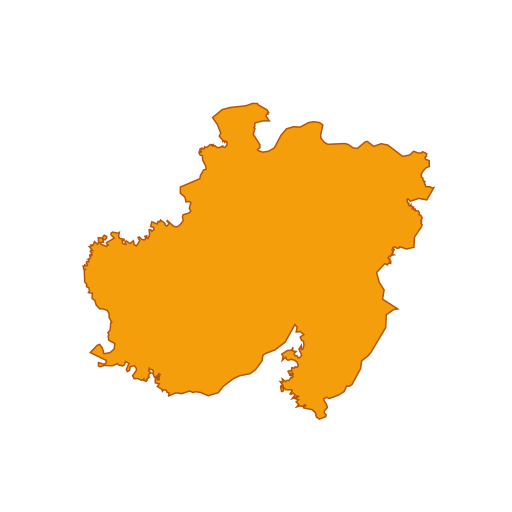 Si Songkhram, Nakhon Phanom, Thailand (Albers equal-area conic projection), rotated 300°
{"feature_id": "78962969B490988164886", "entity_name": "Si Songkhram", "entity_type": "district", "adm_level": 2, "iso_a3": "THA", "parent_name": "Thailand", "parent_adm1": "Nakhon Phanom", "projection": "albers", "projection_center": [104.23, 17.647], "detail": "fine", "context": "isolated", "style": "filled", "palette": "amber", "viewbox_px": 512, "rotation_deg": 300, "n_neighbors": 0, "source": "geoboundaries", "source_scale": "gbopen_adm2", "svg_char_len": 6120}
<svg xmlns="http://www.w3.org/2000/svg" viewBox="0 0 512 512"><g transform="rotate(300 256 256)"><path d="M91.2,250.3L97.6,255.2L99.5,260.3L106.0,266.2L106.2,269.6L108.3,271.6L110.0,275.9L111.1,284.4L118.8,291.7L126.7,292.8L138.2,297.6L144.1,301.7L151.1,309.7L157.5,312.5L168.5,313.6L172.9,311.8L175.3,312.2L184.4,319.5L195.9,324.3L216.1,324.0L214.8,327.3L210.2,328.8L212.7,332.1L211.8,336.7L207.9,334.8L205.8,337.6L205.9,339.7L202.9,342.1L198.6,343.1L197.8,341.9L201.1,340.0L196.8,339.8L193.0,345.2L189.7,344.7L188.9,343.5L190.1,341.8L189.2,339.7L190.7,337.7L193.4,338.5L192.1,335.0L195.5,333.6L192.3,333.9L189.7,330.3L183.8,327.4L182.5,329.7L178.8,330.9L183.2,332.3L181.8,333.9L181.7,335.9L184.0,338.0L185.0,341.4L184.5,344.9L182.3,347.3L180.4,347.4L179.5,345.2L177.9,345.1L177.3,342.9L174.0,344.4L173.8,342.6L172.1,341.4L170.2,344.5L173.0,346.3L172.1,347.3L169.8,345.8L170.4,348.1L168.8,348.4L168.1,347.0L164.7,346.8L163.7,344.9L161.9,344.4L162.7,340.2L160.1,342.3L159.3,339.8L157.1,344.5L155.8,344.2L156.2,342.8L155.5,342.4L151.6,345.6L151.7,346.6L153.4,347.2L155.8,345.2L155.2,349.0L158.0,353.8L157.6,354.6L153.6,354.5L153.8,355.7L155.9,356.7L155.3,359.3L150.6,358.6L153.8,361.3L155.5,361.5L155.6,362.9L152.1,361.4L152.8,364.7L149.7,363.7L148.7,367.2L145.7,366.7L148.4,369.2L148.7,371.2L151.6,372.7L151.3,373.8L149.4,372.6L148.3,373.2L150.9,381.3L150.1,385.7L146.8,388.7L146.4,392.4L151.7,396.7L153.5,396.2L154.3,393.5L156.0,392.7L160.3,393.6L162.6,391.5L164.9,387.0L166.6,386.2L169.0,388.0L169.2,390.7L176.7,396.9L182.6,400.1L188.8,399.6L189.5,401.5L192.5,403.4L210.5,402.9L218.1,399.9L225.3,402.9L230.3,403.7L258.9,404.1L270.2,398.2L278.6,402.1L281.0,405.2L281.9,387.2L290.7,383.9L294.8,375.9L301.9,368.7L313.8,371.3L314.0,374.3L316.1,374.3L316.9,376.3L318.9,375.4L318.6,373.9L320.3,373.6L320.1,371.5L322.1,371.5L322.7,373.0L323.7,372.2L326.1,374.9L326.0,372.5L327.9,372.9L329.1,371.1L329.5,372.5L330.9,372.3L331.0,370.5L331.9,370.4L333.5,371.9L333.2,374.4L334.6,376.0L335.9,375.8L337.3,382.8L342.5,388.4L351.7,383.8L363.4,384.7L366.3,384.2L366.7,382.6L369.0,382.1L369.0,381.0L372.0,381.0L373.7,378.3L373.3,376.5L374.8,376.1L376.2,374.2L374.8,371.2L376.2,370.5L375.1,369.4L376.7,368.3L375.4,367.6L377.1,367.2L376.7,365.2L377.8,364.5L376.5,364.4L375.9,363.0L378.2,362.2L377.9,360.8L380.5,358.5L381.5,359.2L380.6,362.2L387.2,368.1L390.0,375.9L404.1,375.8L402.8,374.6L403.1,372.3L401.0,368.4L403.8,365.0L404.9,365.1L404.8,363.2L406.9,361.5L407.2,359.5L409.1,358.3L413.0,358.2L417.6,359.2L420.1,361.4L425.2,358.3L424.5,354.6L425.9,353.0L427.6,353.8L430.0,352.6L429.6,348.1L427.9,347.7L426.3,345.0L425.5,340.1L420.4,338.7L415.6,333.2L418.0,314.6L415.8,308.2L409.8,303.1L410.9,295.1L409.5,293.6L399.8,289.9L398.2,286.4L398.7,279.9L397.7,276.5L388.6,262.3L388.7,257.8L390.6,253.3L392.8,251.6L402.9,248.3L403.3,244.1L401.0,238.6L397.8,234.8L389.7,229.8L386.6,223.7L381.4,218.8L373.1,217.3L358.7,217.8L352.9,214.4L349.3,209.9L348.4,205.0L349.2,204.1L351.8,205.2L354.4,203.6L360.0,192.8L366.0,191.3L366.0,190.0L367.7,190.2L370.1,188.6L371.6,189.4L376.7,194.7L379.7,200.0L382.1,194.7L383.8,194.3L384.9,195.4L385.8,194.5L386.5,195.3L388.1,192.4L388.0,182.0L388.8,181.1L386.5,176.8L381.0,172.1L371.6,159.2L365.8,153.5L354.1,149.2L350.6,156.8L344.8,164.0L341.4,164.2L339.7,169.2L338.6,170.0L339.9,170.7L338.8,172.1L340.2,172.4L340.5,173.5L337.7,175.4L334.5,174.8L333.8,173.1L334.7,172.2L332.0,170.5L330.4,167.8L331.0,165.3L330.0,164.1L331.2,163.2L330.3,162.1L329.6,162.7L329.7,160.6L326.1,159.4L324.8,158.3L325.0,157.0L322.5,157.3L322.4,155.1L321.1,155.0L321.1,154.1L319.4,154.4L319.2,156.5L318.2,156.5L317.7,154.7L316.5,155.4L315.5,157.2L316.0,159.4L312.6,161.7L308.5,167.7L306.1,169.4L304.4,167.6L298.0,167.6L294.9,168.7L277.9,156.0L272.6,159.0L271.4,165.1L267.8,168.3L269.9,171.1L269.5,173.0L263.9,174.4L262.3,177.1L259.8,176.5L255.3,172.3L253.2,172.7L250.6,175.1L247.7,175.1L243.0,173.9L241.0,172.0L240.6,169.3L242.4,161.5L241.7,161.4L240.8,164.6L237.6,164.0L237.1,162.3L238.8,160.6L239.4,155.3L237.4,155.6L237.0,153.9L234.3,154.4L233.5,148.7L228.8,150.0L229.6,153.1L227.9,154.4L225.3,153.3L226.2,151.6L225.4,150.3L220.9,153.4L217.1,153.7L216.9,152.4L218.9,151.3L217.5,149.9L216.2,151.6L214.3,151.5L213.2,149.0L214.1,145.4L213.2,144.6L211.0,147.6L205.1,147.5L204.7,144.9L207.9,142.2L203.8,140.6L204.2,136.1L203.1,135.4L201.0,137.4L200.1,134.4L202.0,132.6L203.4,133.9L204.5,133.5L203.1,129.2L204.3,127.2L208.1,125.8L206.7,125.0L205.0,119.9L203.7,119.1L201.9,119.7L200.6,124.3L193.0,120.0L192.0,120.3L191.5,122.6L189.3,121.2L188.8,115.5L189.7,114.1L191.7,117.0L194.3,114.4L194.4,117.0L196.8,117.7L198.2,116.9L198.1,114.2L194.5,113.6L193.0,110.3L189.1,112.9L187.0,112.9L187.7,108.9L184.3,109.5L183.0,107.6L182.4,108.7L180.8,106.8L179.1,111.7L178.6,110.3L176.9,110.3L176.7,112.4L174.9,112.2L175.0,113.5L173.8,113.4L173.6,111.7L170.9,113.5L169.3,112.2L169.3,113.1L167.2,114.0L166.9,112.3L165.0,112.6L164.3,114.4L163.0,114.5L162.7,112.1L161.4,112.8L160.9,111.3L158.4,113.5L159.0,114.9L157.6,114.5L147.9,120.6L146.8,123.6L144.7,124.5L144.9,127.1L142.8,129.1L140.5,129.2L141.9,132.9L137.3,135.2L137.0,138.6L133.6,142.1L132.1,147.0L133.8,150.2L134.5,154.4L132.6,157.6L129.2,159.6L126.5,164.2L125.4,163.6L118.8,166.8L115.7,166.0L114.1,168.0L112.8,167.9L109.4,170.7L109.6,177.4L104.7,179.7L99.4,177.9L95.3,173.2L99.4,169.1L101.3,164.8L99.4,163.2L89.5,160.7L90.7,178.4L88.6,179.6L86.4,178.7L84.9,172.9L82.0,174.5L82.0,176.2L85.4,179.4L89.2,186.7L93.5,189.7L93.0,191.8L94.0,195.4L95.7,196.4L99.4,195.7L99.5,199.7L93.0,200.4L91.6,202.3L93.7,203.7L97.1,202.4L100.3,205.4L98.9,208.5L97.1,209.6L90.7,208.9L88.8,211.8L90.8,215.0L91.1,219.1L93.5,220.3L92.2,221.0L92.5,223.4L93.9,223.9L94.7,223.0L97.7,224.2L97.8,223.1L100.8,222.4L102.3,223.7L102.9,220.6L106.1,219.2L104.7,220.7L105.8,223.2L104.5,225.1L102.9,225.1L100.2,228.7L101.4,230.0L105.7,230.9L105.3,232.3L101.9,231.0L101.7,232.0L103.1,231.9L103.1,232.8L100.5,234.0L99.4,232.1L100.5,231.9L100.3,230.4L99.0,230.3L95.8,232.2L97.0,236.1L93.7,235.8L93.4,241.2L92.1,242.7L93.8,242.9L95.1,245.0L93.6,246.9L93.9,249.1L91.2,250.3Z" fill="#f59e0b" stroke="#b45309" stroke-width="1.5"/></g></svg>